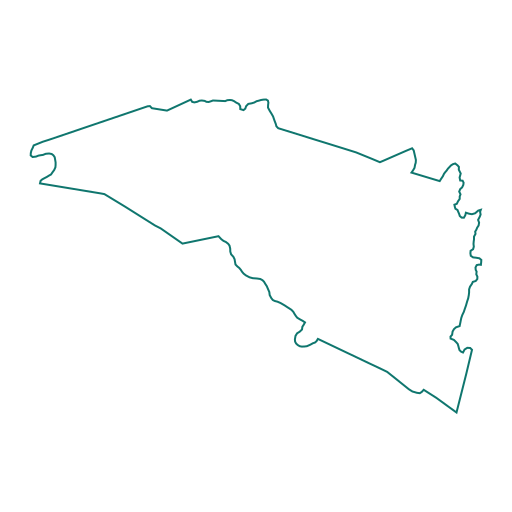 outline of Mirangaba, Bahia, Brazil
{"feature_id": "56859067B52405127182950", "entity_name": "Mirangaba", "entity_type": "district", "adm_level": 2, "iso_a3": "BRA", "parent_name": "Brazil", "parent_adm1": "Bahia", "projection": "orthographic", "projection_center": [-40.673, -10.821], "detail": "fine", "context": "isolated", "style": "outline", "palette": "teal", "viewbox_px": 512, "rotation_deg": 0, "n_neighbors": 0, "source": "geoboundaries", "source_scale": "gbopen_adm2", "svg_char_len": 3610}
<svg xmlns="http://www.w3.org/2000/svg" viewBox="0 0 512 512"><path d="M412.1,148.3L406.1,150.8L395.1,155.6L383.0,160.9L379.9,162.2L372.3,159.0L356.1,152.4L343.0,148.3L325.3,142.8L313.6,139.2L278.2,128.2L276.4,126.3L275.8,124.0L274.6,120.9L273.8,118.6L273.1,116.5L271.5,113.7L269.7,110.8L268.0,107.6L268.1,104.9L268.4,102.7L267.9,100.6L266.1,99.5L263.5,99.6L261.0,100.0L258.7,100.7L256.6,101.2L254.3,102.5L251.7,103.3L248.3,103.9L246.1,106.2L245.3,108.6L243.5,110.1L240.3,109.1L240.2,106.2L238.8,103.9L236.2,102.6L234.0,101.1L231.9,100.2L229.9,100.0L227.3,100.2L225.2,101.1L213.0,100.5L210.8,101.3L208.6,102.0L206.4,101.8L204.7,100.9L201.8,100.5L199.6,100.7L197.1,101.8L194.4,102.4L192.2,101.9L190.8,99.6L167.0,110.6L151.9,108.2L149.9,106.1L147.6,106.3L48.9,139.8L42.9,141.7L33.7,145.4L32.8,147.7L31.4,150.5L30.8,153.0L30.7,155.4L32.6,157.0L36.0,156.6L38.5,155.6L40.8,155.2L43.0,154.9L45.7,153.8L49.1,153.5L51.7,154.0L53.4,155.3L54.7,157.2L55.2,160.0L55.6,162.4L55.6,165.0L55.4,167.3L54.2,170.0L52.5,172.3L51.0,174.5L49.3,175.4L46.9,176.9L44.4,178.2L42.2,179.4L40.6,180.8L40.0,183.4L100.6,193.4L104.4,194.1L125.0,206.6L155.0,225.5L160.7,228.4L182.5,243.6L218.5,236.2L221.3,239.2L223.5,240.9L225.9,242.0L228.2,243.8L229.5,245.6L230.2,248.6L230.3,251.6L231.1,254.3L233.4,256.8L234.6,259.3L235.0,261.8L235.5,264.5L237.3,266.4L239.2,267.9L240.8,269.8L242.0,271.7L243.6,273.6L245.9,275.4L249.5,277.3L252.8,278.2L257.0,278.5L260.3,279.0L262.5,280.2L264.0,281.7L265.3,283.9L266.8,286.2L268.2,289.5L269.3,292.0L269.7,295.1L271.3,298.1L272.8,300.0L274.8,301.0L277.5,301.7L280.5,303.0L283.1,304.5L284.8,305.5L287.2,307.1L289.1,308.3L291.4,309.8L293.3,311.8L294.5,313.9L295.8,315.9L297.2,317.7L300.0,319.4L302.6,320.8L305.0,322.4L303.6,324.9L302.4,326.7L302.0,329.5L299.7,331.7L297.1,333.3L295.5,335.9L294.9,339.4L295.1,341.6L296.1,343.5L297.7,345.0L299.7,346.2L301.8,346.6L304.4,346.5L306.9,346.2L310.3,344.7L313.0,343.2L314.9,342.6L316.5,341.2L317.9,338.9L368.5,363.0L382.7,369.7L387.2,371.9L408.8,389.2L412.4,391.5L414.2,392.0L416.9,392.8L419.8,393.2L421.8,391.9L423.7,389.8L436.4,397.9L447.8,406.2L456.5,412.5L466.2,374.1L472.0,349.8L470.2,348.0L467.3,347.8L464.6,349.5L463.0,352.5L461.0,351.6L459.5,350.1L458.9,348.2L458.4,346.2L457.7,343.9L456.2,342.2L453.9,339.9L450.6,338.6L450.5,336.6L452.1,334.8L452.6,331.5L454.0,329.1L456.0,327.3L459.6,326.1L460.4,322.3L460.8,320.2L461.3,317.9L462.3,315.0L463.8,311.9L464.9,308.6L466.0,305.5L467.1,301.6L468.2,298.3L468.8,295.1L469.1,292.4L469.1,289.4L470.0,286.7L471.9,283.9L472.8,281.9L475.7,281.0L477.3,279.0L477.4,276.7L476.3,274.3L476.6,271.6L475.7,269.8L475.5,267.5L476.7,265.1L479.0,264.6L480.9,264.8L481.2,262.0L481.3,259.9L479.4,258.3L476.0,257.7L473.1,257.4L470.8,255.8L470.4,253.3L470.6,250.8L473.1,249.2L473.8,246.7L473.5,243.9L473.7,241.5L474.0,239.4L474.0,236.6L475.5,233.9L475.2,231.6L476.3,229.8L477.2,227.6L478.6,225.5L479.1,222.6L478.1,219.9L479.8,216.6L480.6,214.5L480.1,211.8L480.8,209.8L478.2,210.6L475.1,213.3L471.9,214.2L469.0,213.7L465.9,212.7L465.3,215.2L463.9,217.7L461.6,217.6L459.8,216.0L459.1,213.8L458.3,212.0L457.5,210.0L455.4,208.7L454.8,206.7L454.4,204.7L456.8,203.8L458.0,201.3L459.7,198.9L459.7,196.5L460.5,194.3L459.2,191.6L460.2,189.1L462.1,187.4L463.3,184.9L463.6,182.7L462.6,180.7L460.2,180.5L459.6,177.5L460.7,173.5L458.8,169.7L458.9,166.9L457.6,165.4L455.2,163.5L452.9,164.2L451.0,165.4L449.6,166.9L447.9,168.7L446.6,170.6L445.2,172.2L444.0,173.8L442.9,176.2L441.0,179.0L439.7,181.1L411.5,172.6L412.9,170.6L414.5,167.9L415.1,164.7L415.7,162.8L415.9,160.0L413.7,150.4L412.1,148.3Z" fill="none" stroke="#0f766e" stroke-width="2"/></svg>